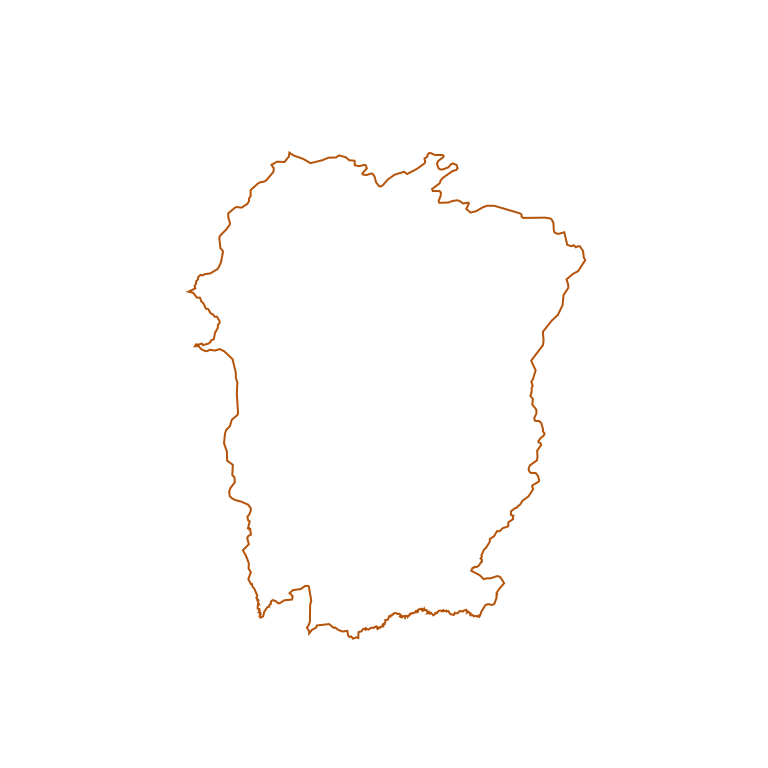 Tha Takiap, Chachoengsao, Thailand, rotated 233°
{"feature_id": "78962969B88145432659836", "entity_name": "Tha Takiap", "entity_type": "district", "adm_level": 2, "iso_a3": "THA", "parent_name": "Thailand", "parent_adm1": "Chachoengsao", "projection": "natural_earth1", "projection_center": [101.63, 13.389], "detail": "fine", "context": "isolated", "style": "outline", "palette": "amber", "viewbox_px": 768, "rotation_deg": 233, "n_neighbors": 0, "source": "geoboundaries", "source_scale": "gbopen_adm2", "svg_char_len": 6166}
<svg xmlns="http://www.w3.org/2000/svg" viewBox="0 0 768 768"><g transform="rotate(233 384 384)"><path d="M361.8,619.2L365.0,619.8L370.4,623.0L376.1,623.3L377.3,621.9L377.7,619.5L380.7,619.0L381.2,616.6L384.9,614.1L396.7,619.3L399.0,613.4L402.1,611.4L404.5,612.1L410.8,616.3L414.3,616.9L416.3,616.3L420.1,612.5L432.8,595.2L434.6,594.5L436.7,595.8L438.4,595.3L460.0,579.3L464.0,574.0L465.5,570.0L466.6,561.6L468.8,556.3L474.3,555.1L477.1,560.5L478.0,560.6L480.5,555.9L484.9,554.4L486.7,553.0L489.2,548.3L490.1,544.8L495.3,537.3L497.2,537.7L500.3,542.6L502.8,544.7L504.7,544.4L508.8,539.1L510.8,539.7L510.8,549.3L512.5,551.7L513.2,555.2L512.8,566.9L511.5,570.5L511.9,572.6L515.3,573.7L518.6,571.9L519.2,569.8L518.3,565.9L519.9,560.3L521.4,558.1L523.4,557.4L528.1,558.8L529.5,561.7L529.5,568.1L530.4,568.9L531.5,568.6L536.5,562.3L540.2,560.4L541.3,559.0L540.9,556.7L539.5,555.5L539.7,552.0L536.8,550.8L535.8,549.2L536.0,539.7L537.8,528.8L541.4,527.8L544.8,518.3L545.0,509.9L543.5,503.1L543.6,500.4L544.8,499.2L549.6,499.0L555.4,501.3L558.7,501.5L559.8,500.4L561.4,495.8L564.2,493.0L565.2,493.5L566.6,500.1L569.6,501.1L570.8,500.2L572.9,495.3L576.3,492.3L580.0,494.9L583.6,490.9L588.1,489.9L593.6,485.7L593.8,481.9L598.1,476.0L600.0,469.0L604.6,458.2L612.3,455.0L621.0,449.3L625.7,447.7L622.9,444.9L621.2,438.1L625.9,432.4L626.8,426.0L622.6,425.8L619.9,423.2L617.5,412.5L617.9,409.7L619.6,406.5L620.0,404.1L619.1,394.1L614.4,390.7L613.3,387.7L611.3,386.3L610.1,383.3L610.5,376.5L614.0,372.8L614.5,371.2L614.0,362.2L610.3,359.7L605.4,358.0L603.9,356.3L602.4,351.3L601.1,342.6L600.0,340.5L591.0,335.1L587.4,335.4L586.2,334.7L578.9,326.6L576.0,320.6L576.8,311.9L579.5,307.3L580.0,304.3L581.6,303.1L581.1,299.7L579.4,298.4L579.1,295.7L577.2,294.3L576.4,291.8L573.9,290.8L575.4,283.4L571.7,286.5L565.7,286.5L563.7,289.0L559.9,287.8L557.0,288.3L551.5,287.1L549.5,288.7L544.8,288.1L542.6,289.3L539.6,289.3L538.3,291.1L533.3,290.6L531.6,289.4L531.3,287.1L528.8,285.0L526.6,279.9L522.2,275.0L522.9,272.0L521.9,270.6L522.0,267.8L524.1,262.7L526.0,262.9L526.9,259.8L528.8,257.8L527.9,255.7L526.1,258.6L521.2,259.2L517.9,261.1L516.7,262.5L516.1,265.6L512.4,269.2L510.7,273.9L506.1,276.1L495.1,278.0L482.3,272.5L478.4,269.6L473.2,267.6L464.8,260.6L448.3,249.7L447.4,248.0L447.1,241.1L442.9,235.3L442.3,230.3L439.9,227.0L433.0,220.6L424.5,217.8L417.2,212.6L410.4,214.6L402.5,208.0L399.6,208.5L395.2,205.6L393.4,198.9L391.5,195.8L387.3,193.3L384.0,193.8L380.8,195.4L376.1,199.1L369.4,202.9L365.0,202.8L363.3,201.7L361.1,198.3L360.1,194.9L357.1,193.5L355.1,194.1L350.7,188.6L350.2,189.5L349.0,188.9L348.6,189.8L343.8,187.0L344.3,184.3L343.4,182.1L337.4,179.6L336.1,171.2L329.8,170.4L322.3,168.2L318.1,164.8L313.8,164.4L309.8,158.2L304.3,157.3L303.8,158.2L301.2,157.0L298.8,157.3L291.4,155.5L290.0,153.3L287.2,153.6L287.5,152.7L283.2,151.6L284.0,150.8L281.0,148.1L281.3,147.5L279.3,149.0L278.5,148.0L277.4,148.3L277.0,146.6L275.4,147.5L275.0,146.4L274.1,146.6L273.4,144.8L271.8,144.7L271.1,147.6L274.0,151.1L276.0,156.5L275.2,158.4L276.6,159.4L276.4,161.2L278.4,162.8L278.4,164.1L278.3,165.3L275.0,167.1L272.8,167.4L271.7,168.6L271.3,174.1L267.2,180.8L269.5,183.4L273.8,182.7L274.2,187.1L270.4,194.1L270.1,199.7L268.4,201.9L267.4,202.0L255.0,195.7L251.7,191.8L239.0,182.0L236.8,178.9L235.8,175.8L231.5,175.4L229.8,174.2L231.0,178.1L230.3,183.3L231.6,185.0L225.3,195.7L219.4,197.1L218.9,198.5L215.4,199.4L211.3,201.9L208.9,206.1L204.8,204.0L202.8,204.2L202.1,205.9L199.2,206.0L198.2,209.7L196.6,210.6L201.2,214.3L200.0,217.3L200.9,219.6L200.5,220.8L198.9,221.3L199.9,222.5L197.2,223.7L197.1,226.7L196.6,228.0L195.4,228.7L195.5,230.8L194.8,231.2L194.8,232.1L192.2,231.4L192.2,232.9L193.0,232.4L192.9,233.2L191.7,234.2L192.2,235.2L190.8,237.5L191.8,237.9L191.9,239.3L192.7,238.8L192.7,241.6L194.7,242.9L193.5,245.3L195.4,248.3L194.4,249.1L195.2,249.8L194.4,251.0L195.0,252.0L194.5,252.6L194.8,254.4L193.5,256.1L192.2,256.3L191.2,258.1L188.5,258.5L188.8,256.9L187.9,256.9L186.8,258.0L187.6,258.7L186.4,260.6L184.7,260.2L185.7,261.9L184.4,263.2L183.8,262.9L184.3,264.7L183.8,265.2L184.9,266.6L184.3,267.1L184.3,268.5L182.7,269.1L183.2,269.1L183.3,270.4L182.3,272.4L183.2,272.0L183.6,272.8L182.9,273.8L182.0,273.4L182.0,274.4L183.2,275.3L182.2,278.5L180.9,279.5L180.7,278.2L179.7,278.2L179.2,280.2L179.7,280.7L178.8,280.5L178.0,281.9L175.9,281.4L175.6,282.1L174.9,280.6L174.2,282.4L173.5,281.9L172.9,282.5L173.1,283.8L169.5,284.2L169.6,286.9L170.2,287.3L169.1,288.6L169.9,289.6L169.6,291.8L168.7,293.2L167.6,293.3L167.7,295.2L166.6,294.9L165.6,297.3L164.6,297.1L164.1,298.7L160.2,298.5L157.6,300.7L158.7,302.8L157.8,303.1L156.5,305.1L157.2,307.7L154.8,310.2L155.2,310.7L154.2,313.6L153.5,313.1L152.1,314.1L151.4,312.9L151.1,314.5L149.3,314.5L148.7,315.2L147.6,313.9L147.0,314.0L146.0,315.9L144.5,315.8L143.2,318.2L141.8,318.7L142.0,320.0L141.3,320.1L141.9,320.6L141.2,321.2L143.7,325.0L146.4,332.0L145.5,334.8L142.5,337.3L142.0,339.8L145.7,345.5L147.4,346.4L147.8,347.8L149.3,347.9L151.1,353.0L152.6,360.0L158.3,360.6L160.1,360.5L162.4,359.0L164.8,351.9L166.8,349.4L168.1,346.2L173.6,345.4L182.4,341.3L183.8,344.0L183.2,345.2L183.6,346.3L182.0,347.8L181.9,350.6L183.3,354.2L183.1,355.3L185.0,356.5L186.5,356.1L187.2,358.3L188.6,358.7L191.6,364.4L191.6,366.4L194.4,373.6L196.5,375.2L196.2,380.3L198.5,385.7L196.9,387.5L197.4,392.1L195.6,397.5L198.7,400.1L198.4,405.9L200.0,406.5L200.9,408.1L203.1,406.6L205.9,408.7L206.0,413.6L205.2,416.1L205.9,417.3L205.8,420.3L207.4,424.3L207.3,431.8L209.9,438.9L210.9,440.2L212.9,440.5L213.7,441.5L213.0,448.3L213.5,449.8L217.7,451.6L221.5,451.6L224.7,447.7L226.6,447.4L229.1,448.3L231.2,451.4L231.0,460.1L233.1,462.5L238.6,466.2L240.6,472.6L242.6,473.4L244.2,472.4L245.5,472.9L246.6,476.7L246.6,480.2L247.7,482.4L250.7,482.4L252.4,483.9L258.1,486.1L261.1,485.6L263.5,482.6L265.4,482.9L266.4,483.6L268.8,488.1L271.8,490.2L278.4,490.1L282.3,493.8L286.4,493.8L288.8,497.1L292.1,499.6L293.0,501.6L297.3,503.1L298.2,505.8L303.6,513.3L314.1,515.6L319.4,534.4L322.7,537.6L330.1,542.3L333.7,556.2L334.5,564.4L339.6,574.2L347.0,580.9L349.9,589.1L352.7,591.0L357.7,592.7L358.2,601.5L357.3,607.0L361.8,619.2Z" fill="none" stroke="#b45309" stroke-width="2"/></g></svg>